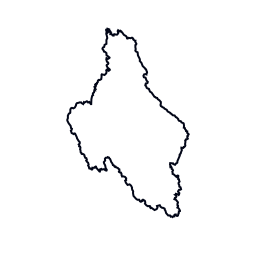 the district of Puta-O, Kachin, Myanmar, rotated 159°
{"feature_id": "60261553B82845282425117", "entity_name": "Puta-O", "entity_type": "district", "adm_level": 2, "iso_a3": "MMR", "parent_name": "Myanmar", "parent_adm1": "Kachin", "projection": "equal_earth", "projection_center": [97.732, 27.257], "detail": "fine", "context": "isolated", "style": "outline", "palette": "ink", "viewbox_px": 256, "rotation_deg": 159, "n_neighbors": 0, "source": "geoboundaries", "source_scale": "gbopen_adm2", "svg_char_len": 5830}
<svg xmlns="http://www.w3.org/2000/svg" viewBox="0 0 256 256"><g transform="rotate(159 128 128)"><path d="M179.7,161.1L180.6,158.7L181.7,157.5L182.0,156.6L181.7,153.6L180.8,150.6L181.2,148.2L180.6,147.4L181.2,146.5L182.3,146.0L182.4,143.5L180.9,141.8L180.1,142.2L179.4,141.7L179.1,137.5L179.3,136.7L178.7,133.5L178.1,132.1L178.6,130.9L179.9,130.3L179.6,129.4L180.2,128.4L179.4,127.7L179.5,126.5L180.4,125.3L180.3,124.4L180.9,122.3L180.8,121.8L180.4,121.4L180.5,120.4L178.9,119.5L178.4,118.1L178.7,117.3L178.6,115.5L177.7,114.8L177.8,113.0L178.7,112.6L178.5,111.4L177.7,109.9L177.9,107.9L178.7,107.3L178.4,105.9L178.7,104.7L178.6,104.0L177.7,103.8L176.9,102.3L176.5,102.1L175.9,102.4L175.5,103.7L173.2,102.8L172.7,102.9L172.6,103.5L171.9,103.6L171.7,103.4L171.8,102.1L170.2,97.6L169.9,97.4L169.1,98.3L169.0,99.4L168.6,99.5L168.0,99.1L167.5,99.3L167.1,98.5L165.2,98.2L164.4,96.8L163.6,96.0L163.2,96.0L162.8,96.7L163.2,98.5L162.7,101.4L163.0,103.4L162.8,104.8L161.0,105.8L160.6,107.5L159.5,108.2L158.1,107.7L157.4,108.1L156.3,107.1L156.4,106.4L155.8,105.4L155.8,102.1L155.3,100.5L155.4,98.8L154.7,98.4L154.4,96.8L154.0,96.2L153.4,96.4L153.1,95.5L151.7,94.1L151.4,93.0L150.9,92.6L151.1,91.6L151.4,91.0L152.1,90.7L152.2,90.3L151.5,89.4L150.6,88.9L150.5,87.4L150.9,86.4L150.9,84.8L149.8,84.6L148.3,83.4L147.7,81.7L148.1,81.3L148.4,80.0L149.5,79.9L149.6,77.7L148.8,75.0L146.7,74.8L145.8,73.1L145.6,70.9L146.0,70.1L146.2,68.6L145.9,68.0L145.9,66.9L146.6,65.6L147.2,62.6L145.8,58.9L144.9,57.6L143.3,57.1L143.1,55.3L142.4,54.5L140.8,54.7L140.9,55.4L139.7,55.7L138.5,54.2L138.3,53.6L138.7,51.9L139.3,51.3L138.5,49.1L137.4,47.8L136.4,47.7L135.4,47.1L135.3,46.7L135.8,46.0L135.7,45.5L135.5,45.1L135.1,45.2L134.5,44.8L132.6,41.9L130.3,42.0L129.0,43.1L128.9,44.8L126.0,44.5L125.8,42.7L124.7,41.2L124.0,41.0L122.8,39.8L122.7,39.4L123.0,38.5L122.7,37.6L122.9,34.8L121.8,31.9L120.1,31.3L119.9,29.9L118.9,29.8L118.3,28.9L117.8,29.2L116.5,28.9L116.1,30.0L115.0,30.4L114.4,30.1L114.7,29.6L114.1,28.6L113.3,28.2L112.7,28.4L111.8,29.8L111.3,30.0L110.9,31.1L110.3,31.6L110.3,31.9L109.3,31.8L109.1,32.2L109.3,34.0L109.7,35.3L110.4,36.0L109.3,37.0L109.1,37.6L109.5,38.1L109.1,39.4L108.1,40.4L108.0,40.8L109.0,43.9L110.2,44.9L109.2,46.0L108.1,46.0L107.3,46.8L107.2,47.6L107.9,48.7L107.4,48.7L106.9,49.4L105.3,48.3L104.7,47.3L104.3,47.5L103.4,48.8L104.1,50.7L103.9,51.0L102.5,52.0L101.2,51.6L100.4,51.8L100.2,53.8L101.1,54.9L100.6,56.4L100.8,57.7L100.5,58.6L99.3,59.3L99.0,59.7L99.2,60.4L98.9,61.4L99.4,62.2L99.0,62.5L99.3,63.5L98.6,64.3L98.2,65.4L98.6,65.8L99.6,65.8L100.4,65.2L101.8,68.1L102.8,69.2L102.4,70.1L102.3,71.4L101.2,72.2L101.2,73.3L101.9,74.1L101.4,75.5L101.7,76.0L102.5,76.2L102.4,76.7L101.7,76.9L102.0,78.6L101.2,80.1L98.6,78.8L98.7,78.2L97.3,76.8L96.0,77.7L95.4,77.6L94.4,78.0L93.7,79.4L89.5,83.7L89.6,84.3L89.1,84.8L87.9,85.3L87.7,85.8L85.6,88.1L85.6,89.5L85.2,90.5L83.7,89.6L82.8,90.3L82.4,90.0L81.2,90.6L80.7,91.2L80.5,92.5L79.4,94.4L79.1,95.8L78.6,95.8L78.0,96.6L77.0,96.4L76.0,96.6L76.1,97.7L75.8,98.6L75.2,98.8L75.2,99.5L73.7,100.2L73.6,100.6L74.5,102.3L73.9,103.6L74.9,104.3L74.6,105.1L75.1,106.2L75.0,107.7L75.8,108.3L74.9,109.9L74.4,112.3L74.5,112.6L76.1,114.1L76.2,115.3L77.8,116.5L78.1,117.8L77.9,118.4L78.9,120.6L79.5,121.0L80.0,123.0L81.7,123.9L82.4,125.7L83.1,126.3L83.1,127.0L85.1,129.3L85.3,131.1L87.0,133.0L87.3,134.1L88.5,135.2L88.8,136.1L89.4,136.6L89.5,137.2L89.3,138.1L88.8,138.6L88.0,140.5L88.8,142.7L89.9,144.3L90.0,145.6L91.2,146.4L91.4,147.1L92.1,147.6L93.3,152.6L94.5,154.2L94.4,155.7L94.7,156.7L94.5,157.1L95.9,158.3L96.2,159.0L96.1,160.6L96.6,161.5L95.8,162.8L95.3,163.1L95.1,162.8L93.6,163.1L93.0,164.0L93.7,165.6L93.6,168.7L95.0,169.7L94.9,171.2L93.7,172.3L92.3,172.0L91.6,171.4L91.2,172.3L90.4,172.7L90.1,174.0L90.3,175.0L90.1,176.2L90.6,176.7L90.7,177.6L92.1,180.6L92.1,184.0L93.0,186.4L92.5,187.2L92.3,188.5L92.7,192.2L91.9,195.2L93.3,196.8L93.4,197.7L92.5,198.9L92.2,200.7L91.4,202.8L90.5,203.0L90.0,203.6L90.3,205.8L89.8,206.8L90.3,207.0L91.4,208.8L91.1,209.3L91.4,210.3L91.9,210.9L93.4,210.9L95.4,212.1L96.2,211.6L96.8,212.0L96.6,213.2L96.9,214.5L98.5,216.5L99.2,219.4L99.6,219.8L99.6,220.6L100.2,221.4L100.6,220.9L101.3,221.2L102.2,222.8L102.9,222.2L103.1,220.1L104.5,219.1L105.6,219.4L107.2,220.5L108.0,219.7L108.1,220.0L108.6,219.7L109.2,219.9L109.4,221.0L110.1,221.5L109.8,222.4L110.2,222.4L110.0,222.6L110.5,223.4L110.3,223.9L110.5,224.3L110.3,225.4L110.1,225.3L110.4,226.4L110.2,226.8L111.0,227.5L111.0,226.8L111.5,226.8L111.9,227.6L112.8,227.8L113.3,227.5L113.5,226.5L113.0,225.6L112.3,225.4L112.1,224.9L112.4,224.5L113.1,224.2L113.8,224.9L114.3,224.3L114.6,223.4L114.6,222.5L115.1,219.4L116.6,217.9L118.0,214.3L120.1,214.0L121.2,212.2L122.6,212.1L123.4,211.3L123.5,210.8L122.9,208.9L123.1,208.0L122.0,207.1L121.3,205.6L122.0,203.8L120.0,200.4L120.3,200.0L122.0,199.7L123.0,200.9L123.7,199.8L123.9,197.4L123.2,196.5L123.1,195.5L123.6,194.9L125.2,194.5L125.5,194.2L125.6,193.7L125.4,191.7L124.2,189.6L124.1,188.8L125.5,188.3L126.6,190.1L127.0,190.1L127.7,189.6L127.8,188.3L128.8,186.8L130.9,185.9L133.2,187.5L133.7,187.1L134.4,185.1L135.5,183.2L137.4,182.9L138.0,183.4L138.5,183.3L139.2,182.9L139.8,181.6L140.7,181.4L141.0,180.6L141.9,180.7L141.8,180.2L142.2,179.8L143.0,180.0L143.0,179.2L143.3,179.3L143.4,178.7L143.8,178.6L143.8,177.9L144.2,177.4L144.5,177.6L144.4,176.5L144.7,176.7L144.9,176.1L145.4,176.0L145.8,175.4L145.6,174.9L146.1,175.0L147.0,173.4L148.3,173.0L148.8,172.1L148.8,171.2L150.0,170.8L151.8,168.1L153.8,163.5L154.1,163.6L154.8,166.2L156.1,166.1L156.5,167.4L156.9,167.7L159.3,167.4L159.8,167.9L160.4,166.9L161.1,166.8L161.3,166.5L162.4,167.9L162.5,168.6L164.1,169.3L164.8,169.2L166.8,169.5L167.9,168.8L168.5,167.7L170.3,166.2L171.9,165.9L173.1,166.9L174.3,166.8L175.2,165.9L176.3,163.2L176.6,162.8L178.1,162.6L179.7,161.1Z" fill="none" stroke="#020617" stroke-width="2"/></g></svg>